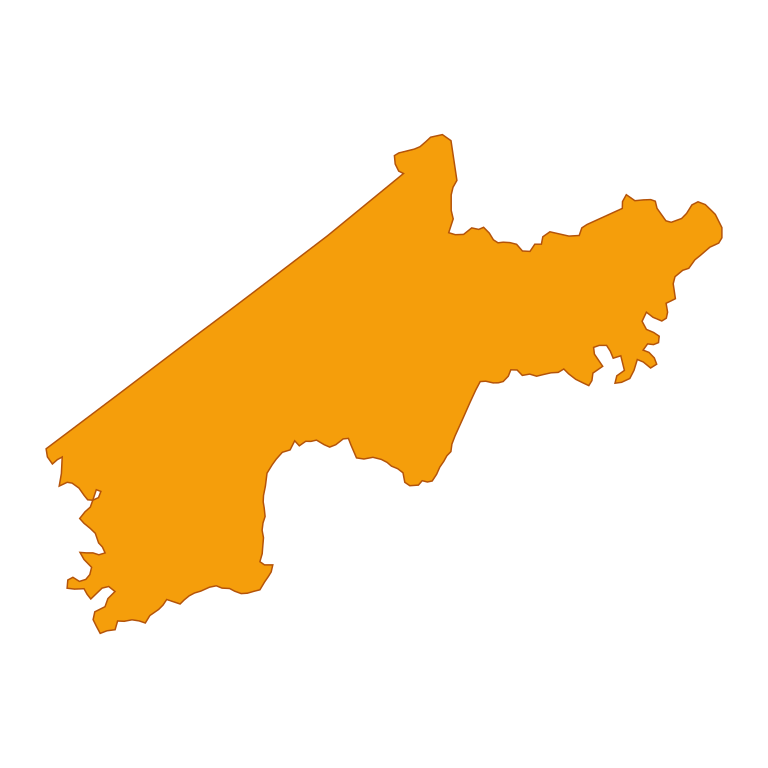 Jardim Alegre, Paraná, Brazil (Equal Earth projection)
{"feature_id": "56859067B44412461439059", "entity_name": "Jardim Alegre", "entity_type": "district", "adm_level": 2, "iso_a3": "BRA", "parent_name": "Brazil", "parent_adm1": "Paraná", "projection": "equal_earth", "projection_center": [-51.748, -24.211], "detail": "fine", "context": "isolated", "style": "filled", "palette": "amber", "viewbox_px": 768, "rotation_deg": 0, "n_neighbors": 0, "source": "geoboundaries", "source_scale": "gbopen_adm2", "svg_char_len": 3222}
<svg xmlns="http://www.w3.org/2000/svg" viewBox="0 0 768 768"><path d="M356.5,457.9L363.9,459.0L372.9,457.3L381.3,459.4L387.1,462.4L391.4,466.1L397.7,468.7L403.0,472.8L404.8,482.3L409.8,485.7L418.4,485.1L422.2,480.7L427.4,482.0L432.2,481.0L436.6,474.3L439.8,467.1L443.8,461.3L446.9,455.7L450.9,451.6L451.9,444.1L455.0,436.0L462.8,418.7L469.7,403.1L475.7,390.1L480.2,381.6L485.7,381.2L493.1,382.9L498.4,382.8L503.2,381.5L508.3,376.2L510.8,369.8L517.1,370.0L522.3,375.4L529.7,374.1L536.6,376.2L543.9,374.4L551.0,372.8L558.2,372.4L563.8,369.0L568.6,373.8L575.7,379.3L583.0,382.9L588.8,385.6L591.9,380.6L592.9,373.1L602.7,366.3L599.5,361.6L594.4,354.1L593.6,347.4L599.2,345.4L606.6,345.4L610.3,351.2L613.2,358.2L620.8,355.8L624.4,370.4L616.8,375.8L615.0,383.2L621.6,382.3L629.8,378.5L634.0,370.3L637.3,359.5L643.3,362.0L650.6,368.0L656.7,364.2L654.3,357.9L649.0,352.4L643.1,350.1L647.6,343.9L653.5,344.6L658.5,342.6L659.2,336.2L653.7,332.5L646.4,329.4L642.1,321.3L646.4,312.2L653.0,317.3L661.8,321.0L666.3,318.2L667.6,312.2L666.1,303.3L675.4,298.7L673.2,283.7L675.0,276.7L682.7,270.3L688.8,268.3L694.9,259.8L700.7,255.1L709.8,247.2L718.7,243.1L721.9,237.8L721.9,227.6L715.3,214.4L711.6,210.7L705.3,204.6L698.0,201.8L691.9,204.9L686.6,213.4L681.6,218.5L671.2,222.3L665.9,220.8L657.0,208.3L655.3,201.2L650.7,199.6L643.2,199.9L634.9,200.7L626.3,194.7L622.5,201.6L622.3,208.4L587.0,224.5L581.8,227.9L579.2,235.5L568.9,236.1L549.9,231.8L542.8,236.8L541.4,244.2L534.8,244.2L530.0,251.4L522.4,251.0L516.6,244.3L509.9,242.6L503.2,242.2L498.0,242.8L493.4,239.8L489.3,233.1L483.6,227.3L478.7,229.4L471.7,227.9L463.6,234.4L455.3,234.7L448.7,232.7L453.2,218.9L451.2,210.4L451.2,194.9L453.0,187.3L456.9,180.4L451.0,140.7L442.4,134.6L430.6,137.2L425.8,141.7L420.0,146.7L414.3,149.1L398.9,152.9L394.4,155.6L395.2,164.0L398.7,171.1L403.5,173.5L327.6,235.7L258.3,288.6L233.8,307.2L193.7,337.2L120.5,392.7L46.1,448.8L47.4,456.9L52.4,464.0L57.4,459.6L62.2,457.0L61.4,473.5L59.2,486.1L67.2,482.3L72.1,483.1L79.0,488.1L84.2,495.5L87.7,499.8L92.8,500.2L90.3,507.1L85.0,511.8L79.7,518.5L84.0,523.3L90.1,528.3L95.3,533.3L98.6,542.9L102.4,547.0L105.1,552.9L98.9,554.8L93.0,552.9L86.5,552.9L80.0,552.4L84.0,559.5L91.6,567.3L89.8,574.6L85.8,579.4L79.4,581.4L72.9,577.3L67.8,580.0L67.1,588.2L74.5,589.1L84.0,588.7L87.1,594.3L90.8,599.0L102.1,588.1L108.7,586.5L115.0,591.5L107.9,598.6L105.0,606.7L94.8,611.8L93.1,619.6L96.4,626.3L100.2,633.4L106.9,630.8L115.1,629.7L117.6,621.0L124.2,621.3L132.0,619.8L139.1,620.9L145.3,623.0L149.9,615.5L158.7,609.4L163.0,605.1L166.7,599.5L180.1,604.0L184.2,599.9L189.2,595.8L194.5,593.0L200.8,591.1L209.5,587.2L216.3,585.8L222.0,588.1L229.6,588.5L234.7,591.2L241.2,593.6L247.4,593.2L254.3,591.2L259.9,589.8L264.7,581.8L268.3,576.6L271.2,571.9L272.8,564.9L264.5,564.9L259.9,561.7L262.2,553.7L262.7,547.2L263.5,537.8L262.1,530.2L263.0,522.9L265.1,516.5L264.2,508.0L263.2,501.9L263.5,495.5L265.4,486.1L267.0,473.2L272.3,464.6L276.2,459.2L282.3,452.3L290.1,449.9L294.7,440.8L299.3,445.8L305.7,441.3L310.9,441.4L316.5,440.1L324.2,444.7L329.7,447.1L335.8,444.7L343.2,438.9L348.4,438.4L351.0,445.1L356.5,457.9ZM92.8,500.2L96.3,489.7L100.9,491.4L98.5,497.6L92.8,500.2Z" fill="#f59e0b" stroke="#b45309" stroke-width="1.5"/></svg>